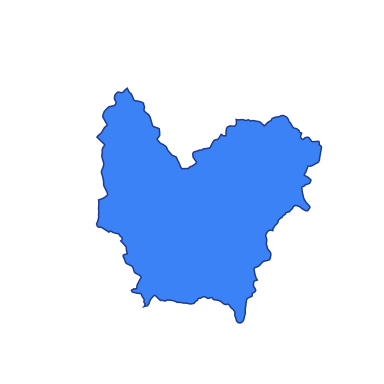 Tra Bong, Quảng Ngãi, Vietnam, rotated 129°
{"feature_id": "81297802B78342510004852", "entity_name": "Tra Bong", "entity_type": "district", "adm_level": 2, "iso_a3": "VNM", "parent_name": "Vietnam", "parent_adm1": "Quảng Ngãi", "projection": "natural_earth1", "projection_center": [108.495, 15.224], "detail": "fine", "context": "isolated", "style": "filled", "palette": "blue", "viewbox_px": 384, "rotation_deg": 129, "n_neighbors": 0, "source": "geoboundaries", "source_scale": "gbopen_adm2", "svg_char_len": 6027}
<svg xmlns="http://www.w3.org/2000/svg" viewBox="0 0 384 384"><g transform="rotate(129 192 192)"><path d="M75.0,121.6L75.5,122.6L73.6,124.1L72.8,125.3L73.0,125.6L77.3,130.2L77.2,131.2L76.2,135.1L76.3,136.0L77.2,137.2L78.0,137.9L79.2,138.5L81.1,138.6L81.4,138.8L81.7,139.5L81.4,141.4L80.5,142.6L79.9,142.9L77.4,143.7L77.2,144.0L77.9,145.4L77.9,145.9L76.9,147.4L76.8,148.5L77.0,150.5L77.2,151.2L78.2,153.0L78.2,153.8L77.7,155.8L76.8,157.8L76.4,159.1L76.3,160.3L75.9,161.4L74.9,163.0L74.4,164.6L74.3,166.1L75.0,169.0L75.4,169.6L76.9,171.0L77.8,171.2L78.4,171.5L81.8,174.6L84.3,175.9L84.8,176.0L86.4,175.6L87.0,175.6L89.4,176.7L91.8,177.1L94.2,177.2L95.2,177.5L95.0,178.6L94.8,182.8L95.3,184.5L98.2,189.8L99.7,190.9L99.9,191.3L100.2,193.0L100.3,193.4L100.9,194.0L102.2,194.9L102.8,195.5L103.3,197.0L104.1,198.6L106.2,200.7L107.6,202.6L107.9,203.3L108.7,202.4L110.7,200.7L111.7,200.3L112.9,200.1L113.7,200.3L114.9,201.3L115.9,203.0L116.9,204.2L119.1,205.3L120.4,205.2L121.3,205.0L124.7,202.8L126.3,201.3L126.9,201.1L128.1,202.3L128.6,203.1L128.7,203.5L128.6,205.1L129.0,205.6L130.8,205.4L132.4,205.0L134.5,205.1L135.4,205.4L136.4,206.4L137.4,207.0L138.1,207.3L138.9,207.3L142.7,206.7L145.3,205.9L146.0,205.9L147.0,206.4L148.4,207.4L151.1,210.1L151.6,210.4L153.0,210.6L153.5,210.9L154.4,212.2L155.0,212.8L156.0,213.2L159.5,215.6L160.4,215.8L160.9,215.8L162.1,215.2L164.2,213.1L165.3,209.7L165.8,207.6L166.1,207.2L166.4,207.0L167.0,207.0L168.6,207.2L171.8,208.3L174.3,209.7L175.9,209.5L180.3,214.6L180.0,215.6L179.6,216.8L177.9,219.7L176.1,223.7L174.8,226.0L174.8,226.8L175.1,227.5L175.3,228.6L175.8,230.1L175.9,231.1L174.9,236.6L174.6,237.5L173.3,239.9L173.0,241.3L173.3,244.5L174.0,247.0L173.9,248.1L173.6,249.4L173.2,252.0L172.7,252.5L169.6,252.5L168.2,252.8L165.1,255.5L163.4,257.4L165.4,263.2L165.4,263.9L164.9,264.9L160.3,271.5L159.5,273.2L159.2,274.7L159.3,278.9L159.1,280.2L158.0,281.3L156.1,282.2L155.5,282.8L154.7,284.3L153.5,285.6L153.5,285.9L153.6,287.0L154.2,288.8L155.6,291.7L156.8,293.4L157.1,294.3L156.9,295.3L154.5,299.8L154.0,301.0L153.9,301.9L154.0,303.5L152.1,307.7L154.7,308.2L155.8,308.4L157.0,308.3L158.5,308.6L159.4,309.7L160.8,312.3L161.2,312.6L163.1,312.9L164.7,312.9L165.6,312.7L167.4,311.7L168.6,310.7L169.8,307.7L170.3,307.3L171.7,306.7L173.6,306.8L174.5,307.3L176.8,309.3L177.9,310.1L178.7,310.4L182.7,310.8L184.8,310.8L187.5,309.9L188.6,309.5L189.5,308.8L190.3,307.6L190.7,306.1L191.8,303.8L192.5,301.5L193.0,300.4L193.8,299.9L196.8,300.6L202.8,299.7L204.1,299.8L207.0,300.4L209.2,300.4L210.1,289.8L210.3,289.4L214.0,289.1L216.2,288.1L218.1,286.3L220.5,285.0L221.4,284.1L223.1,281.8L224.6,279.5L226.0,278.0L228.0,277.0L232.6,275.5L233.4,275.1L234.0,274.5L236.7,270.5L239.0,267.8L242.2,265.0L242.7,264.3L244.7,259.8L245.8,257.6L246.8,256.3L247.3,256.0L248.2,255.8L250.2,256.2L252.9,257.2L254.1,257.8L256.9,259.6L260.4,256.4L263.4,254.5L266.1,252.0L268.5,250.3L270.3,248.6L271.8,247.9L274.3,246.8L276.9,246.1L278.1,244.2L278.2,243.3L278.0,242.3L277.8,241.9L276.7,240.9L276.4,239.7L275.6,233.0L275.5,231.3L273.8,230.9L273.5,230.4L273.1,227.8L272.0,225.2L270.6,222.4L270.6,221.9L271.4,220.7L271.4,218.0L272.3,216.8L273.2,216.3L274.9,216.6L275.1,214.6L276.1,208.6L276.4,208.1L277.6,207.3L278.4,206.5L280.7,203.4L283.7,205.5L284.3,205.6L285.0,205.3L285.4,204.8L286.0,203.8L287.0,201.6L288.6,199.3L288.8,197.9L287.5,192.3L287.6,191.1L288.3,189.7L289.2,188.5L290.5,186.3L290.7,185.4L290.6,184.8L289.8,180.9L289.8,179.2L290.0,178.2L290.4,177.8L295.8,176.8L299.1,176.0L301.6,174.4L302.0,174.4L302.7,174.8L303.8,176.2L306.5,177.3L307.1,176.2L307.2,175.3L305.3,171.0L303.4,168.3L303.3,167.2L304.8,164.4L305.4,162.0L305.9,161.3L307.5,160.4L307.8,160.0L308.3,158.8L308.4,158.0L308.5,157.8L309.1,157.8L309.9,157.2L311.2,157.2L310.1,156.5L309.0,155.4L308.3,155.1L306.9,155.0L305.8,155.2L303.7,156.1L301.1,156.6L297.4,156.5L296.1,156.3L295.8,155.6L295.6,154.7L296.2,148.8L296.1,148.2L294.6,146.7L294.2,145.1L294.0,144.7L293.0,143.9L291.6,143.3L289.2,140.0L287.7,136.9L287.1,134.2L284.9,131.2L283.5,128.4L281.9,126.5L280.3,123.2L279.7,122.4L277.7,120.7L276.5,120.2L275.9,120.4L275.0,120.4L272.7,119.7L271.7,120.0L270.4,119.9L268.9,118.4L267.1,117.8L266.3,117.3L265.6,116.6L265.3,115.8L264.7,112.6L261.7,110.4L261.5,109.7L262.0,108.1L261.9,107.4L261.7,106.8L260.8,105.5L259.5,103.0L259.1,101.6L258.9,100.6L259.0,97.5L258.8,96.4L258.6,95.6L258.1,94.8L256.5,93.5L256.3,92.5L256.6,91.3L257.3,89.5L257.4,89.0L257.4,85.9L258.0,83.7L259.2,82.4L260.3,81.6L261.3,80.6L262.3,78.8L264.2,76.2L264.5,74.0L264.0,73.0L263.4,72.1L262.1,71.4L260.3,71.1L259.5,71.2L256.5,72.4L254.2,73.7L253.0,74.0L250.5,76.1L248.8,77.3L241.2,81.9L239.3,81.8L237.6,81.1L235.7,79.8L234.7,79.9L233.8,80.7L232.8,81.3L230.3,80.4L229.2,80.3L228.2,80.7L227.1,82.7L226.9,84.1L225.7,85.7L223.8,87.0L222.6,87.4L221.5,87.4L219.6,85.9L219.3,85.8L218.5,88.0L216.9,90.6L213.0,95.2L212.3,95.7L211.0,95.3L208.1,93.6L205.3,93.2L202.9,93.2L201.0,92.8L196.3,89.3L195.5,89.1L194.3,89.5L191.5,91.0L190.3,91.9L189.2,94.1L188.9,96.1L188.4,97.9L187.1,99.3L185.6,101.7L184.1,102.4L182.9,103.2L181.6,104.4L179.9,106.8L179.2,107.5L177.3,108.2L174.8,108.3L173.7,108.0L173.0,107.6L172.1,106.7L171.6,106.0L171.2,104.9L170.4,105.3L169.9,105.8L169.3,106.1L168.3,106.0L166.0,106.4L163.5,106.0L161.3,106.2L160.9,106.3L160.4,106.9L159.7,107.2L158.4,106.9L156.5,106.8L155.3,106.1L153.2,106.3L150.6,105.5L149.9,105.6L149.2,106.0L148.8,106.0L146.1,103.9L144.3,103.9L142.0,103.6L139.6,104.0L138.2,103.7L137.0,102.8L136.2,100.7L135.6,98.6L135.7,95.6L135.1,92.3L134.5,91.0L134.1,90.6L133.1,90.3L130.6,90.5L129.5,90.8L129.1,91.4L128.3,96.6L127.5,99.0L126.5,101.3L123.3,105.4L120.8,108.2L119.3,109.6L118.8,109.7L118.4,109.5L116.9,108.6L114.8,108.3L111.7,106.3L110.7,106.1L108.3,106.8L107.7,107.3L107.7,109.0L107.5,110.9L108.3,115.1L108.2,115.4L107.9,115.6L106.9,115.9L104.9,116.1L99.2,118.0L98.7,118.0L97.4,116.2L95.6,115.1L94.0,114.4L92.7,114.1L90.3,112.8L88.9,112.6L88.2,112.8L86.9,113.1L85.5,114.1L75.8,119.5L75.3,120.1L75.0,121.6Z" fill="#3b82f6" stroke="#1e3a8a" stroke-width="1.5"/></g></svg>